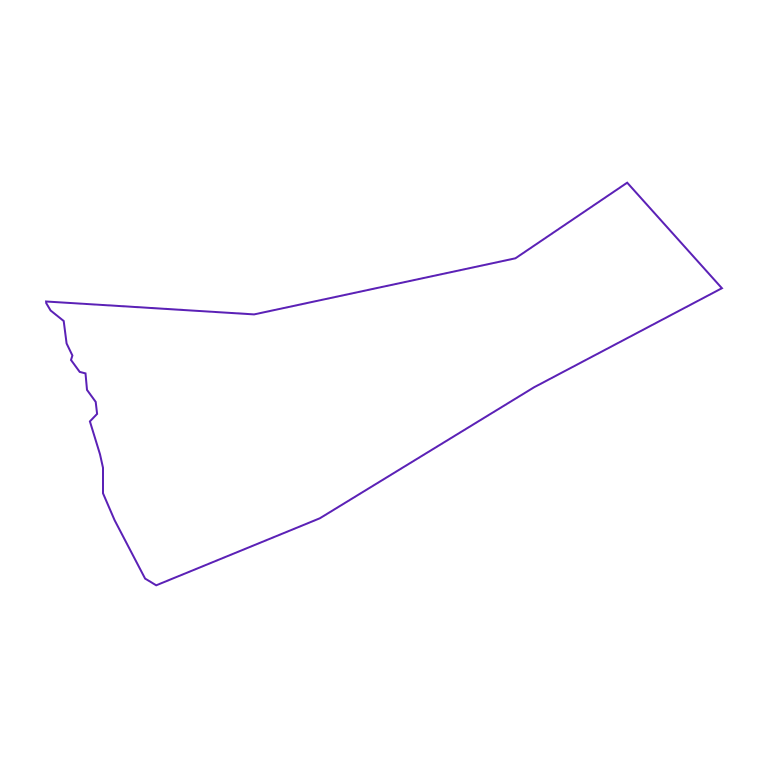 Rabot, Soufrière, Saint Lucia
{"feature_id": "8701671B22157937027856", "entity_name": "Rabot", "entity_type": "district", "adm_level": 2, "iso_a3": "LCA", "parent_name": "Saint Lucia", "parent_adm1": "Soufrière", "projection": "mercator", "projection_center": [-61.048, 13.834], "detail": "fine", "context": "isolated", "style": "outline", "palette": "violet", "viewbox_px": 768, "rotation_deg": 0, "n_neighbors": 0, "source": "geoboundaries", "source_scale": "gbopen_adm2", "svg_char_len": 450}
<svg xmlns="http://www.w3.org/2000/svg" viewBox="0 0 768 768"><path d="M156.2,585.3L319.8,518.3L534.2,387.2L721.9,288.2L721.6,287.9L627.2,182.7L626.7,183.0L515.4,258.3L254.1,314.4L46.1,301.5L46.2,303.1L50.6,310.5L63.7,321.0L66.6,343.5L72.4,355.5L71.0,360.0L79.7,371.9L85.5,373.4L87.0,389.9L95.7,401.9L97.1,413.9L89.9,421.4L100.0,454.3L103.0,467.8L103.0,493.3L114.6,520.2L145.1,578.6L156.2,585.3Z" fill="none" stroke="#5b21b6" stroke-width="2"/></svg>